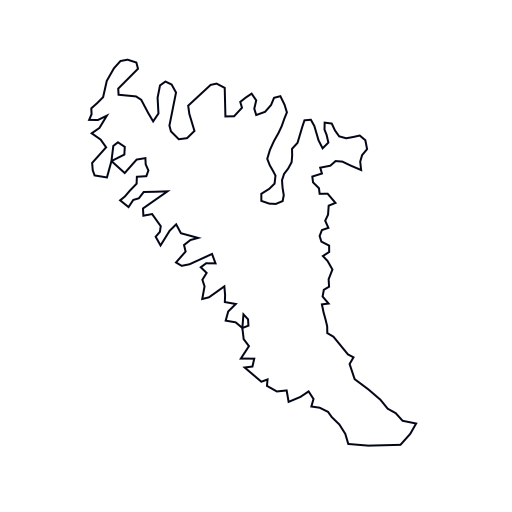 the district of Novo Barreiro, Rio Grande do Sul, Brazil, rotated 283°
{"feature_id": "56859067B91142511999740", "entity_name": "Novo Barreiro", "entity_type": "district", "adm_level": 2, "iso_a3": "BRA", "parent_name": "Brazil", "parent_adm1": "Rio Grande do Sul", "projection": "mercator", "projection_center": [-53.105, -27.904], "detail": "fine", "context": "isolated", "style": "outline", "palette": "ink", "viewbox_px": 512, "rotation_deg": 283, "n_neighbors": 0, "source": "geoboundaries", "source_scale": "gbopen_adm2", "svg_char_len": 3029}
<svg xmlns="http://www.w3.org/2000/svg" viewBox="0 0 512 512"><g transform="rotate(283 256 256)"><path d="M402.6,206.0L397.3,209.0L387.2,203.2L385.1,194.8L412.8,187.7L415.1,178.8L412.5,173.3L387.2,156.1L379.4,159.1L364.0,167.9L355.3,162.3L352.4,154.5L358.3,145.1L363.6,142.3L397.3,141.3L404.1,135.2L405.6,128.5L400.6,124.1L388.1,124.5L372.9,128.9L364.0,125.5L371.2,118.7L382.4,109.0L384.5,103.2L382.2,85.8L388.1,84.1L411.9,98.9L417.6,95.9L418.4,86.7L415.5,80.1L407.1,75.4L393.1,71.2L376.4,71.3L369.3,66.9L362.8,62.3L357.1,63.9L351.1,62.8L352.9,71.3L359.2,79.1L345.5,74.6L338.6,68.3L334.5,78.4L328.2,85.5L309.8,75.4L302.9,77.6L298.2,80.6L299.0,93.1L316.0,93.8L307.3,109.4L323.1,118.0L326.5,126.2L320.5,127.9L315.1,131.9L309.1,131.2L306.4,122.1L299.6,123.4L291.3,118.4L284.4,114.8L279.7,111.1L275.0,120.8L283.0,123.8L285.9,128.9L293.1,132.2L296.1,144.0L299.1,155.2L276.9,135.2L269.9,137.2L273.5,145.3L263.6,156.5L257.9,156.9L252.2,153.9L244.8,160.6L261.2,166.2L268.9,171.1L261.3,177.7L260.6,195.5L256.8,188.5L250.5,183.4L244.5,186.4L231.7,179.5L229.7,185.8L233.0,193.1L248.1,212.7L239.7,218.2L237.7,209.1L232.6,204.7L228.4,211.7L220.8,209.1L214.8,212.7L202.0,213.3L205.2,219.5L219.3,232.0L210.9,234.7L204.1,236.0L204.7,247.1L195.7,241.4L186.2,241.0L186.8,251.1L182.8,258.9L172.2,262.7L166.6,269.4L152.6,264.3L155.6,277.4L147.5,277.4L144.8,270.0L134.7,289.5L138.3,295.0L131.9,295.9L128.7,306.8L131.9,316.1L121.2,320.6L128.7,331.0L135.9,337.7L129.6,344.2L121.8,343.8L122.5,352.2L120.3,361.3L116.1,366.0L110.6,375.1L102.8,383.0L93.6,388.2L96.5,408.2L99.3,419.0L104.5,439.2L117.4,446.3L128.8,449.7L128.4,435.9L134.3,427.5L136.8,418.7L143.9,409.6L151.3,395.5L158.2,379.8L171.8,371.5L179.2,373.8L180.8,367.7L194.8,349.6L196.9,342.8L203.4,341.2L209.1,338.4L216.5,334.4L223.7,331.1L226.0,337.4L231.5,330.0L238.3,329.7L242.5,334.1L249.7,332.0L260.0,333.5L267.2,326.9L271.0,321.2L276.4,326.4L282.6,324.9L284.7,316.5L289.8,313.5L296.1,314.4L299.7,320.2L305.9,315.5L312.4,316.9L321.4,315.5L325.6,321.5L332.8,311.8L330.9,304.0L336.2,302.1L340.6,295.0L346.1,293.0L351.2,301.7L356.5,298.7L360.7,308.1L366.4,312.2L367.4,318.9L365.4,327.9L363.4,339.1L371.4,336.3L378.2,336.7L385.1,340.2L393.4,336.5L396.7,330.0L393.8,323.9L391.0,317.4L391.3,310.1L396.1,304.7L402.1,300.0L401.4,292.9L394.6,294.3L389.8,297.6L382.8,301.0L375.9,296.7L382.8,290.9L390.1,286.8L395.8,283.6L401.1,278.8L399.1,272.7L391.7,272.0L384.8,271.6L375.6,271.0L368.5,267.0L362.2,268.6L355.4,269.6L348.5,267.7L342.3,264.9L335.7,264.3L328.8,266.4L321.4,269.4L315.5,269.6L311.2,263.6L310.0,257.2L310.9,248.8L317.8,247.2L324.4,253.8L330.7,257.8L338.7,256.9L343.1,253.1L347.5,249.0L353.2,245.1L362.5,245.7L372.3,247.7L380.7,250.2L388.1,251.8L396.7,252.8L402.9,253.8L409.8,249.8L417.2,243.8L414.2,238.0L406.5,236.7L398.5,232.4L393.4,224.5L399.1,221.2L407.7,221.2L413.2,215.2L408.1,210.4L402.6,206.0ZM316.0,93.8L331.2,92.2L335.7,95.9L332.8,103.6L325.2,104.9L316.0,93.8ZM182.8,258.9L196.3,256.9L192.5,262.5L186.4,264.3L182.8,258.9Z" fill="none" stroke="#020617" stroke-width="2"/></g></svg>